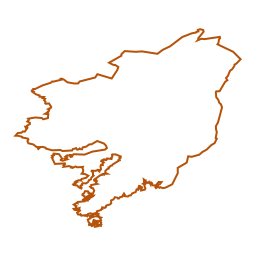 the district of Lyngdal nor, Vest-Agder, Norway
{"feature_id": "86288312B23771706622322", "entity_name": "Lyngdal nor", "entity_type": "district", "adm_level": 2, "iso_a3": "NOR", "parent_name": "Norway", "parent_adm1": "Vest-Agder", "projection": "equal_earth", "projection_center": [7.039, 58.163], "detail": "fine", "context": "isolated", "style": "outline", "palette": "amber", "viewbox_px": 256, "rotation_deg": 0, "n_neighbors": 0, "source": "geoboundaries", "source_scale": "gbopen_adm2", "svg_char_len": 5755}
<svg xmlns="http://www.w3.org/2000/svg" viewBox="0 0 256 256"><path d="M227.4,80.2L226.0,78.0L227.9,75.9L230.0,70.8L232.2,69.2L234.4,65.9L234.5,64.6L236.4,63.6L240.6,59.2L233.2,51.8L217.5,44.3L218.4,43.0L219.0,39.4L220.1,38.2L219.8,36.9L204.5,39.1L201.3,38.8L197.7,40.3L198.4,39.4L198.2,38.3L203.6,31.7L203.2,30.0L200.1,29.2L197.9,29.9L198.4,31.4L196.6,31.7L196.4,32.4L191.6,33.4L182.3,37.0L170.1,46.3L162.8,49.8L157.4,53.8L142.1,51.4L135.8,51.8L124.7,51.1L121.4,54.2L121.4,55.7L109.1,62.7L113.1,64.8L115.4,65.1L118.3,67.0L117.3,70.0L111.7,78.5L97.4,74.2L95.2,77.5L79.6,81.5L78.2,83.4L74.2,83.5L67.4,82.3L63.6,79.4L61.3,78.6L60.7,78.8L61.3,79.7L53.5,81.6L51.4,81.4L52.0,81.8L50.6,82.8L42.3,85.5L34.9,89.1L33.2,89.0L31.9,90.6L33.5,91.5L32.6,92.0L36.1,94.4L39.6,95.5L39.5,96.7L43.8,97.0L42.7,98.1L45.1,98.8L44.1,100.3L45.5,101.7L45.2,103.3L45.8,103.8L49.0,103.4L51.2,106.9L51.1,107.6L48.3,109.0L49.4,109.4L48.7,111.2L47.9,111.5L48.1,112.1L45.2,113.8L48.3,114.1L47.9,118.1L43.2,119.3L41.8,118.0L35.3,117.5L28.1,118.7L28.9,119.9L27.3,121.5L29.9,122.8L29.8,124.1L27.1,125.6L27.3,126.8L25.3,126.7L26.1,128.3L27.0,128.5L24.8,131.6L22.8,131.5L21.5,132.7L17.8,133.0L15.4,135.7L18.3,135.8L22.1,136.8L22.2,137.5L27.9,138.6L28.4,139.5L27.4,141.1L28.4,143.3L33.2,144.4L36.5,146.9L38.9,147.2L37.8,148.0L38.3,149.0L39.7,147.8L39.4,147.1L42.9,146.9L45.7,147.8L46.0,148.6L52.1,150.3L60.5,150.0L62.4,151.0L72.1,150.5L72.8,149.1L76.2,148.2L76.7,149.4L77.8,149.7L79.6,148.5L79.9,149.1L82.0,149.3L82.7,147.4L86.1,146.7L89.3,144.4L91.5,144.3L97.2,141.0L103.9,143.5L105.8,145.4L106.9,148.0L105.0,149.6L92.4,151.6L84.6,154.6L73.6,154.2L72.7,155.2L70.8,155.0L71.9,156.6L70.6,157.0L69.8,155.5L67.3,155.3L65.4,156.6L67.1,157.4L66.7,158.1L65.2,158.5L67.2,159.3L62.9,160.7L60.0,159.9L61.7,159.6L62.0,158.5L59.1,154.2L53.6,153.6L53.3,154.3L53.9,155.3L52.3,155.7L52.8,156.2L51.8,157.3L52.7,157.9L52.3,158.6L54.9,163.9L64.9,163.4L65.0,164.1L63.5,165.5L64.1,166.1L63.6,166.8L69.0,166.1L71.9,167.0L72.4,167.3L71.8,167.7L72.6,167.9L75.5,166.5L77.4,167.3L82.9,166.9L82.4,168.1L83.2,169.7L83.1,171.8L81.7,173.7L85.1,174.1L88.3,175.7L86.1,177.8L81.6,179.0L80.6,180.1L80.9,180.5L78.9,180.2L76.3,181.1L75.2,181.9L76.3,182.2L75.7,182.4L75.8,183.2L73.1,184.4L73.6,185.0L77.0,185.4L78.8,187.3L81.3,188.5L81.6,187.7L80.7,186.9L80.5,185.7L82.2,185.0L81.9,184.1L82.5,183.2L86.1,183.4L88.2,181.9L88.9,180.2L90.9,179.4L91.4,177.5L93.6,175.7L93.0,175.2L93.0,172.3L91.6,171.3L91.7,170.7L95.6,170.8L97.6,170.1L98.5,170.8L98.2,169.9L98.9,169.9L100.0,170.6L101.0,169.2L100.5,166.2L101.1,164.8L102.8,165.0L102.6,163.7L103.7,162.6L101.2,161.2L101.6,160.4L104.5,160.3L103.3,159.7L103.8,159.3L105.3,159.5L105.7,160.1L106.1,160.1L106.9,159.5L107.1,158.5L111.5,159.0L111.7,158.2L111.1,157.9L112.3,156.7L112.0,154.7L112.4,154.4L115.9,154.5L120.8,156.5L120.6,157.8L119.3,158.1L119.8,160.2L118.4,160.3L118.5,160.9L112.6,164.5L112.1,165.5L110.6,165.8L109.3,167.4L108.5,167.4L108.6,168.6L107.2,169.1L105.3,171.1L105.3,172.8L107.1,173.7L104.9,173.8L104.2,174.6L103.8,173.8L102.4,174.0L102.3,174.8L100.2,175.3L94.1,179.7L94.2,180.6L96.1,181.4L96.4,180.3L96.9,181.1L95.8,183.2L97.2,183.9L91.2,185.0L91.2,186.1L90.1,186.7L91.4,188.0L93.0,188.2L94.2,190.7L92.0,195.5L93.8,195.5L93.4,196.0L89.4,198.3L89.3,199.1L86.1,199.1L87.1,198.0L86.3,198.0L86.5,196.8L86.0,196.7L89.9,197.0L88.8,195.8L89.9,195.6L89.8,194.4L91.7,194.7L92.2,193.6L89.8,193.4L90.1,194.3L89.6,194.3L88.7,193.3L90.0,192.9L89.1,192.9L87.9,191.3L85.0,191.2L84.0,193.4L82.5,194.2L82.5,195.2L84.7,196.4L84.7,197.9L85.5,197.9L84.5,198.7L85.9,199.2L82.2,200.0L88.8,200.5L83.6,200.6L84.1,201.3L77.9,202.0L77.2,202.4L77.5,203.3L76.4,203.1L73.8,204.6L76.0,205.9L75.4,206.1L76.4,207.8L76.3,208.5L73.7,208.9L74.4,209.8L76.9,210.3L78.1,209.6L78.1,208.5L79.5,208.0L79.2,209.6L80.0,210.6L77.1,212.8L77.9,214.4L79.8,214.6L81.1,213.6L80.3,214.9L81.3,215.7L83.6,215.3L84.9,215.8L85.3,215.1L87.0,216.1L87.1,215.0L88.2,215.0L88.1,214.0L90.2,213.3L92.6,213.9L96.2,213.0L96.9,212.6L96.9,211.3L101.0,210.0L101.5,209.0L103.3,209.0L102.0,208.7L102.2,207.3L104.9,207.9L105.6,207.2L104.8,206.9L105.6,206.9L106.3,205.5L109.9,204.5L111.2,203.3L111.1,200.4L113.4,199.5L114.9,197.2L117.7,197.8L118.1,198.6L119.1,198.4L120.1,197.1L121.9,196.9L124.0,193.5L124.8,194.7L124.5,196.1L127.9,196.5L128.9,195.6L130.8,195.4L132.2,193.4L135.7,192.0L136.6,189.4L138.4,189.8L138.9,188.7L138.2,188.4L139.1,185.9L140.3,186.1L140.8,187.2L142.9,187.4L140.4,188.4L141.2,189.1L141.1,190.5L144.7,189.7L145.4,188.6L144.3,185.3L145.0,184.4L143.0,183.7L144.2,182.7L143.8,179.4L145.2,180.4L145.3,181.5L145.7,181.1L145.8,181.9L146.5,182.0L146.3,182.9L148.5,182.9L149.1,181.9L150.3,184.0L150.3,182.5L151.1,182.4L152.2,183.4L151.8,184.5L153.1,185.5L155.9,185.3L158.6,182.0L161.5,182.1L159.8,184.3L155.9,185.7L155.3,187.1L156.0,188.1L158.2,186.7L159.5,187.8L160.4,187.2L162.7,188.1L165.4,187.7L172.2,184.3L177.8,173.1L177.7,167.9L186.7,162.6L188.2,156.3L191.7,156.8L199.3,154.7L202.5,151.9L206.7,149.6L211.2,145.2L214.6,143.1L216.8,138.7L215.7,138.0L216.8,132.0L216.0,129.3L215.9,126.2L218.0,122.4L222.0,107.5L221.0,104.4L219.2,102.7L218.4,100.0L216.3,97.3L215.8,92.3L216.2,91.4L219.6,91.2L225.1,81.9L227.4,80.2ZM97.3,213.4L89.5,216.2L90.4,217.3L94.4,216.6L90.5,217.6L90.4,218.3L87.8,219.6L88.6,222.2L90.1,223.6L89.0,224.4L89.2,225.1L91.7,224.6L91.4,225.7L91.9,226.1L93.4,225.2L92.1,224.4L93.1,222.3L94.0,221.9L93.2,221.4L93.7,220.0L95.5,220.7L95.3,221.4L97.7,220.8L99.3,221.5L94.2,223.5L94.8,226.8L97.7,226.3L97.6,225.0L96.5,224.5L97.2,223.5L98.6,224.6L98.9,225.7L101.0,225.8L100.7,224.7L101.2,224.4L100.7,223.9L101.2,222.6L99.9,221.2L100.9,220.5L100.3,220.0L100.8,219.0L100.2,218.4L101.1,217.6L99.0,217.2L99.1,216.6L95.9,216.3L98.4,214.9L98.6,213.8L97.3,213.4Z" fill="none" stroke="#b45309" stroke-width="2"/></svg>